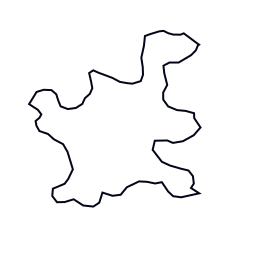 Goryeong-gun, North Gyeongsang, South Korea, rotated 343°
{"feature_id": "91817680B88985387415210", "entity_name": "Goryeong-gun", "entity_type": "district", "adm_level": 2, "iso_a3": "KOR", "parent_name": "South Korea", "parent_adm1": "North Gyeongsang", "projection": "mercator", "projection_center": [128.316, 35.727], "detail": "fine", "context": "isolated", "style": "outline", "palette": "ink", "viewbox_px": 256, "rotation_deg": 343, "n_neighbors": 0, "source": "geoboundaries", "source_scale": "gbopen_adm2", "svg_char_len": 1322}
<svg xmlns="http://www.w3.org/2000/svg" viewBox="0 0 256 256"><g transform="rotate(343 128 128)"><path d="M220.3,69.1L217.0,64.7L209.0,53.8L205.5,54.1L198.6,51.9L194.2,49.1L190.4,45.5L186.0,44.7L176.6,44.7L171.1,45.0L167.3,54.0L161.3,64.7L159.9,74.1L157.9,81.5L153.9,86.9L145.2,86.9L140.4,84.9L133.7,81.5L127.7,75.5L121.6,70.8L116.3,66.8L111.6,62.7L106.9,64.1L106.2,73.5L105.5,79.5L101.5,84.2L95.5,86.9L91.4,91.6L84.0,93.6L76.0,92.3L69.9,87.6L69.3,80.9L69.3,74.8L65.9,69.4L58.5,66.8L51.1,66.8L45.8,71.5L40.4,76.2L43.7,80.2L47.1,84.2L49.1,89.6L46.4,92.3L41.7,94.3L41.5,95.7L41.1,99.0L42.4,105.0L49.8,110.4L53.8,117.1L61.2,124.5L63.2,133.2L63.2,144.0L63.2,151.4L55.8,159.4L51.1,162.8L38.4,164.1L35.7,170.9L38.4,178.2L45.8,180.3L55.2,180.3L62.5,189.0L71.9,193.0L78.7,191.0L84.7,182.3L93.4,188.3L101.5,189.7L109.6,184.3L123.0,182.3L130.4,185.0L137.8,189.0L144.5,189.7L147.8,200.4L151.2,206.4L158.6,209.8L177.0,211.3L170.7,203.8L174.7,200.4L176.0,193.0L173.4,186.3L166.6,182.3L157.2,176.2L150.5,170.2L145.2,156.1L149.9,148.0L161.9,151.4L166.6,155.4L176.7,156.7L188.8,154.1L197.5,148.7L194.2,137.9L195.5,133.2L188.1,128.5L180.1,125.2L172.7,119.1L170.0,111.1L172.0,104.4L178.1,98.3L178.7,86.2L180.1,78.8L186.8,77.5L195.5,80.2L209.6,76.8L215.7,73.5L219.0,69.4L220.3,69.1Z" fill="none" stroke="#020617" stroke-width="2"/></g></svg>